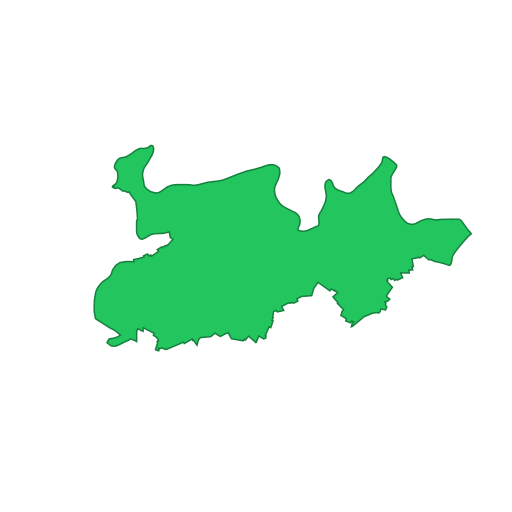 Ung Hoa, Ha Noi, Vietnam, rotated 123°
{"feature_id": "81297802B95308085705563", "entity_name": "Ung Hoa", "entity_type": "district", "adm_level": 2, "iso_a3": "VNM", "parent_name": "Vietnam", "parent_adm1": "Ha Noi", "projection": "robinson", "projection_center": [105.789, 20.711], "detail": "fine", "context": "isolated", "style": "filled", "palette": "green", "viewbox_px": 512, "rotation_deg": 123, "n_neighbors": 0, "source": "geoboundaries", "source_scale": "gbopen_adm2", "svg_char_len": 6153}
<svg xmlns="http://www.w3.org/2000/svg" viewBox="0 0 512 512"><g transform="rotate(123 256 256)"><path d="M120.3,87.5L119.8,88.3L119.4,89.3L118.6,92.7L114.6,102.9L114.4,104.3L114.5,105.0L114.7,105.9L118.1,111.3L119.5,113.3L124.5,120.7L127.8,124.7L128.3,125.7L129.9,130.0L131.5,132.5L132.5,133.6L135.5,136.0L137.1,137.2L142.0,139.8L143.6,141.3L144.8,142.9L145.2,143.9L146.0,146.4L146.0,148.5L145.5,151.2L144.9,153.3L144.4,155.0L143.2,157.7L142.0,159.7L140.5,161.6L138.1,164.5L130.8,174.0L129.4,176.3L128.3,177.5L125.8,179.7L123.6,181.2L116.7,185.6L113.4,186.2L105.6,186.4L104.9,186.5L103.6,187.2L103.3,187.5L102.9,188.4L102.7,189.3L101.9,195.3L101.8,197.5L102.1,200.6L102.5,201.8L102.9,202.6L103.5,203.0L104.1,203.2L105.1,203.0L106.2,202.4L108.2,201.7L109.2,201.4L114.8,201.6L123.4,203.1L128.0,204.6L134.8,205.8L142.1,208.4L145.0,209.0L147.4,209.3L149.4,210.1L151.7,211.2L153.2,212.8L154.2,214.5L154.7,217.7L155.6,221.0L156.0,223.1L156.1,224.2L156.1,226.2L155.5,228.4L154.5,230.0L152.9,232.0L152.1,233.7L151.9,234.3L151.9,235.3L152.2,236.5L153.1,237.0L154.8,237.6L156.4,237.7L157.1,237.5L158.7,236.9L160.4,235.9L167.4,229.6L170.7,228.1L173.5,227.2L177.3,226.5L180.7,226.1L182.4,225.8L184.8,225.9L187.6,225.5L188.8,225.0L190.0,224.2L193.4,221.5L195.3,220.4L196.1,220.2L196.9,220.3L198.6,221.6L206.5,226.7L207.6,227.6L209.7,230.1L210.1,230.8L211.1,233.2L211.3,234.3L211.1,234.8L210.5,235.5L209.7,235.9L206.5,236.3L205.6,236.6L203.8,237.4L202.7,238.1L201.6,238.9L200.0,240.7L199.4,241.6L198.6,243.5L198.2,245.8L198.2,246.8L198.6,249.0L199.4,256.5L199.6,259.5L199.5,262.2L198.8,265.1L198.4,266.0L197.6,268.0L196.1,270.8L195.2,272.1L192.3,275.2L190.2,276.7L189.1,277.3L187.0,278.1L186.2,278.3L185.0,278.3L183.9,278.6L180.8,278.9L177.8,279.6L174.7,280.6L173.3,281.2L170.7,283.3L169.9,284.2L169.5,284.8L169.4,285.3L169.4,288.8L169.9,290.8L170.7,292.4L172.0,294.2L173.4,295.7L175.2,297.2L178.1,299.4L183.0,303.5L190.0,310.2L196.5,315.2L206.6,322.4L210.5,325.3L213.1,327.8L220.3,336.5L225.6,341.3L228.0,343.6L229.6,345.4L230.8,347.0L232.6,350.8L234.4,353.8L239.1,361.0L241.4,364.0L242.8,365.4L246.2,368.0L253.1,370.7L254.5,371.4L256.1,372.3L256.6,372.7L257.3,373.8L258.0,375.2L259.3,378.9L259.5,380.5L259.3,383.9L258.7,386.3L258.1,387.5L257.5,388.4L253.9,391.6L251.1,394.3L249.1,395.8L245.7,397.2L242.9,397.8L236.3,397.7L232.1,398.0L228.6,398.1L225.6,398.6L223.8,399.2L222.6,399.8L221.6,400.5L220.9,401.2L220.3,402.0L219.8,402.5L220.4,404.2L221.2,404.7L223.6,405.5L225.2,406.7L226.9,408.6L227.8,410.2L228.5,411.3L230.1,412.8L234.1,414.9L237.6,416.0L242.5,418.4L243.7,419.1L244.7,420.0L246.5,422.0L247.8,423.2L248.6,423.8L250.7,424.4L251.5,424.5L254.4,424.4L256.3,424.1L257.7,423.6L258.7,422.9L259.2,422.4L259.6,421.8L260.1,419.7L260.7,418.5L261.5,417.5L263.2,416.1L264.9,414.9L268.9,413.2L270.0,412.9L271.7,413.0L272.6,413.1L273.2,413.7L273.9,413.7L274.2,413.1L274.9,413.0L275.1,414.2L276.2,414.1L276.4,413.9L276.4,412.8L276.0,410.7L275.4,410.0L274.2,409.1L273.9,408.6L273.8,407.8L274.1,403.0L273.4,402.2L273.1,401.6L272.9,400.9L272.8,399.6L272.5,398.2L271.4,397.4L272.8,394.4L275.9,386.3L283.2,380.3L289.7,375.4L291.1,375.4L291.8,375.1L295.8,372.6L300.6,369.4L301.5,368.7L303.0,366.9L303.9,364.8L304.3,364.4L304.5,363.5L304.5,361.8L303.9,360.6L301.7,359.0L295.5,355.9L292.9,353.7L288.1,346.8L285.9,344.5L283.0,341.8L287.0,338.2L287.2,337.9L287.2,334.7L295.2,336.0L295.2,336.4L296.9,337.2L296.8,337.8L299.9,339.0L299.7,340.0L304.4,342.3L305.2,340.2L313.1,343.5L312.4,344.8L314.1,345.5L313.4,348.1L317.1,350.4L317.8,349.4L321.6,352.6L325.7,356.7L327.3,355.2L328.9,358.1L331.1,361.5L332.2,362.8L335.1,366.0L336.2,366.8L337.9,367.5L339.6,368.2L341.0,368.5L345.7,368.7L347.2,368.3L350.0,367.5L351.2,367.4L352.2,367.5L353.9,367.8L356.0,368.4L359.8,370.1L362.4,370.9L364.6,371.2L367.8,371.5L370.0,371.4L372.1,371.1L374.6,370.3L380.6,367.7L386.2,364.4L390.8,361.4L396.0,356.4L396.0,353.5L395.9,347.0L395.9,339.4L395.5,336.0L395.4,332.8L396.1,326.6L398.6,327.7L400.0,328.6L402.6,330.7L403.7,332.1L405.5,333.9L406.1,334.1L409.7,333.8L410.0,332.7L410.2,328.2L409.3,326.6L408.4,325.1L407.3,324.0L403.9,321.8L399.0,319.0L395.5,316.6L394.0,316.5L393.0,312.4L392.8,309.5L384.4,314.9L381.5,315.7L380.7,309.7L377.6,311.5L376.3,299.2L378.3,299.0L378.4,295.6L378.8,293.8L379.3,292.7L380.4,291.6L381.4,292.4L383.0,291.0L384.4,290.7L389.3,289.3L389.0,287.0L388.3,285.9L386.2,287.4L386.1,286.1L384.5,285.2L383.9,281.9L382.9,281.3L383.4,280.4L375.5,275.1L372.3,272.9L367.8,270.0L368.5,268.5L360.4,264.3L361.2,263.0L360.6,262.7L361.6,260.5L362.9,256.9L358.9,258.3L356.6,258.5L354.6,258.1L348.4,250.1L343.0,248.3L343.1,245.2L342.9,242.1L340.2,240.6L337.0,238.7L336.7,238.3L335.5,237.5L338.8,231.6L334.1,220.5L332.1,220.4L332.4,219.2L327.2,218.5L328.7,209.0L328.1,208.8L324.4,209.5L321.7,210.3L321.3,204.2L320.4,204.0L319.5,203.1L317.6,204.1L317.7,204.8L308.3,206.5L308.1,204.6L303.6,205.7L301.0,206.5L301.2,207.5L298.4,208.0L298.4,208.5L293.3,210.9L292.6,210.8L290.7,209.7L291.2,209.0L291.2,207.6L286.6,203.1L284.4,207.0L279.2,204.1L276.9,202.6L277.2,201.7L275.2,200.4L275.3,199.1L273.7,197.8L270.9,196.4L269.7,198.4L265.0,195.6L258.9,187.7L251.7,189.9L244.3,189.6L244.7,180.4L245.0,175.0L242.6,175.1L242.5,171.8L241.8,171.8L241.9,171.2L242.5,171.0L242.3,169.6L241.8,168.9L242.2,167.5L248.4,169.2L250.4,162.0L251.4,162.0L253.3,153.3L255.2,153.7L259.6,152.4L259.4,146.0L261.6,145.4L260.5,140.2L258.4,140.4L258.0,138.3L260.1,138.5L262.3,137.9L263.4,137.5L262.5,136.8L248.1,132.3L240.6,127.2L238.0,124.3L236.9,121.9L235.8,121.9L235.5,121.6L232.4,122.4L230.7,118.0L227.7,118.4L226.4,120.9L225.2,121.1L224.3,123.0L222.5,121.2L221.5,120.7L219.3,120.3L219.0,124.0L218.6,124.9L207.9,124.6L205.8,132.6L204.6,132.2L203.7,133.5L201.4,131.6L202.2,129.9L200.0,128.3L201.0,126.5L198.9,125.4L199.2,124.3L194.3,121.2L191.4,125.5L186.8,118.2L184.7,120.2L182.3,117.0L180.3,119.5L179.2,118.2L173.5,123.7L169.6,119.6L168.3,119.1L168.5,117.7L164.1,115.6L165.1,109.1L164.1,107.9L163.2,103.1L161.7,99.4L160.0,94.2L158.5,88.5L157.1,88.2L156.3,88.3L154.6,88.7L150.6,90.6L149.3,91.0L146.6,91.2L144.4,91.2L138.1,90.7L129.3,89.6L122.3,88.3L120.3,87.5Z" fill="#22c55e" stroke="#15803d" stroke-width="1.5"/></g></svg>